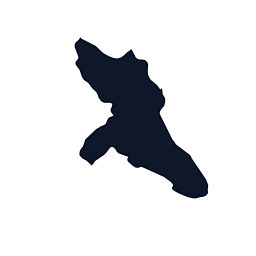 Varaždinska, Natural Earth projection, rotated 53°
{"feature_id": "HRV-1610", "entity_name": "Varaždinska", "entity_type": "County", "adm_level": 1, "iso_a3": "HRV", "parent_name": "Croatia", "parent_adm1": "", "projection": "natural_earth1", "projection_center": [16.282, 46.204], "detail": "fine", "context": "isolated", "style": "filled", "palette": "ink", "viewbox_px": 256, "rotation_deg": 53, "n_neighbors": 0, "source": "natural_earth", "source_scale": "10m", "svg_char_len": 2056}
<svg xmlns="http://www.w3.org/2000/svg" viewBox="0 0 256 256"><g transform="rotate(53 128 128)"><path d="M74.7,79.8L76.0,80.1L78.6,79.6L80.8,78.1L82.5,75.9L84.3,74.2L87.1,73.7L89.3,74.6L94.6,79.1L97.8,80.8L101.6,81.5L103.5,81.5L111.4,79.7L116.6,79.8L117.6,78.9L117.5,78.2L117.9,78.4L121.6,80.7L126.1,81.1L127.6,82.0L128.8,83.0L131.2,85.8L131.6,86.7L131.7,87.3L131.8,88.2L132.0,89.5L132.5,90.9L133.6,93.1L134.5,94.1L135.2,94.7L135.7,94.9L163.1,100.1L170.4,100.2L185.9,95.8L188.0,95.5L190.4,96.1L216.1,97.4L221.6,99.0L224.6,101.9L226.7,103.2L227.2,103.6L227.7,104.2L227.9,105.1L228.1,106.3L227.9,107.8L227.3,109.4L225.7,112.2L224.5,115.6L222.4,118.2L218.7,121.3L210.5,126.1L206.3,128.0L203.5,128.8L202.7,128.3L201.9,126.4L201.2,125.6L200.1,125.3L196.4,125.6L188.3,128.1L166.8,139.9L166.1,140.8L165.5,142.9L164.7,144.2L163.4,145.3L160.7,146.3L154.8,147.4L153.8,147.3L153.2,146.9L152.7,146.3L152.2,145.0L151.9,144.6L151.4,144.4L150.6,144.6L142.7,149.8L141.6,150.2L140.5,150.4L137.4,150.1L136.5,150.1L133.1,151.1L132.4,152.4L132.2,154.6L133.9,160.2L134.4,163.5L133.8,173.8L135.3,178.9L128.4,180.2L124.7,182.0L122.1,182.3L120.6,182.3L120.0,181.8L118.7,180.7L117.9,179.6L117.2,178.4L116.3,174.8L115.6,173.6L112.1,168.5L110.5,153.9L110.9,151.6L111.0,149.1L112.0,145.2L112.0,143.7L111.8,142.7L111.6,142.3L110.1,139.8L109.1,137.7L109.1,136.1L110.2,132.5L109.8,131.6L109.0,131.1L106.2,131.3L104.6,131.0L103.2,130.2L102.1,128.1L101.2,126.8L99.8,125.5L98.5,125.5L96.9,126.2L95.8,127.5L94.0,130.1L92.9,131.3L91.5,132.1L90.3,132.6L86.2,132.5L82.9,131.3L80.9,131.1L79.2,131.1L76.0,131.8L72.6,132.0L69.3,131.8L67.7,132.0L66.3,132.4L63.7,133.4L61.7,133.5L59.2,133.2L53.0,131.1L51.1,130.9L48.0,131.0L45.9,130.8L44.9,130.3L44.2,129.3L44.0,127.9L43.4,125.9L42.4,124.7L41.0,123.9L31.4,121.1L29.7,119.7L28.9,118.1L28.8,115.9L28.5,113.4L27.9,112.2L28.2,112.2L28.9,112.1L36.7,108.3L43.4,105.1L50.9,103.9L53.5,103.3L54.5,103.0L59.2,100.9L63.6,98.2L66.1,95.8L66.6,95.3L68.2,91.4L68.3,87.7L67.8,83.6L67.9,78.6L74.7,79.8Z" fill="#0f172a" stroke="#020617" stroke-width="1.5"/></g></svg>